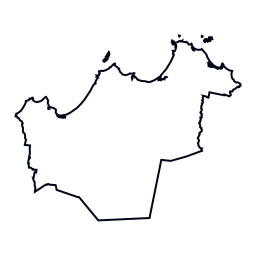 the district of Dorset, Tasmania, Australia
{"feature_id": "25037944B7753328322432", "entity_name": "Dorset", "entity_type": "district", "adm_level": 2, "iso_a3": "AUS", "parent_name": "Australia", "parent_adm1": "Tasmania", "projection": "albers", "projection_center": [147.795, -41.048], "detail": "fine", "context": "isolated", "style": "outline", "palette": "ink", "viewbox_px": 256, "rotation_deg": 0, "n_neighbors": 0, "source": "geoboundaries", "source_scale": "gbopen_adm2", "svg_char_len": 5637}
<svg xmlns="http://www.w3.org/2000/svg" viewBox="0 0 256 256"><path d="M239.4,87.0L239.6,86.0L240.6,85.6L240.2,83.8L237.4,82.2L236.4,82.6L235.0,81.9L234.1,80.9L233.7,79.7L232.8,79.2L231.8,77.3L231.4,73.6L232.2,71.0L229.5,70.4L226.7,68.8L224.0,66.4L223.5,65.4L223.5,64.8L222.7,63.6L222.1,63.6L222.1,64.5L221.6,65.1L222.4,66.2L222.3,67.6L221.8,68.5L221.2,68.7L218.0,68.1L217.5,68.4L217.6,68.8L218.2,68.9L218.3,69.1L218.5,69.1L218.3,69.1L217.6,68.8L217.5,68.3L214.0,67.2L212.5,65.8L212.1,65.9L211.8,67.0L211.4,66.9L211.7,67.8L211.3,67.0L209.0,66.3L209.1,65.6L208.5,65.6L208.5,65.2L208.9,64.1L207.7,63.5L209.7,63.5L208.6,62.6L209.3,62.4L209.3,61.6L210.6,63.1L210.5,64.9L211.8,64.2L213.2,66.2L216.2,67.5L219.5,67.8L220.9,67.5L222.0,66.2L221.9,65.9L221.5,66.6L220.0,67.4L217.5,67.5L213.6,65.4L209.7,61.3L207.5,57.5L206.3,54.4L201.7,49.0L200.5,49.8L197.1,49.7L194.0,48.3L192.8,47.0L192.7,48.1L194.2,49.0L193.9,49.0L193.7,50.1L195.2,50.5L194.2,50.5L193.1,50.1L191.8,47.8L192.9,46.8L191.9,45.8L191.8,44.1L191.4,43.7L190.4,44.5L188.9,44.6L187.4,42.4L186.5,42.3L186.3,41.9L185.4,42.2L182.3,41.6L181.8,41.3L182.0,40.8L180.8,41.5L179.6,40.6L179.5,40.1L179.4,41.0L178.6,41.6L176.3,42.6L174.2,42.6L174.1,42.0L173.6,42.3L173.4,41.6L172.9,41.6L172.6,40.7L172.0,40.5L171.9,41.4L172.4,42.1L171.9,42.4L172.7,43.4L172.7,44.4L173.8,44.5L174.3,43.9L175.1,44.3L175.3,44.9L176.1,45.0L176.3,46.1L175.5,46.8L175.8,46.9L176.1,47.7L174.9,51.0L174.3,51.3L174.0,50.9L172.9,50.9L173.4,51.9L173.0,52.6L173.4,53.4L173.1,53.6L173.4,54.2L173.2,54.4L173.8,55.1L170.6,61.9L166.2,69.1L160.8,75.4L160.9,76.4L160.2,77.7L160.4,79.4L160.8,79.7L161.9,79.0L162.9,78.8L164.3,79.2L165.0,77.0L166.0,77.0L165.8,76.8L166.3,77.0L165.8,77.5L165.0,77.2L164.9,77.5L165.4,77.5L164.9,77.6L164.5,79.4L162.0,79.2L160.9,80.3L159.0,79.8L158.0,80.8L159.4,78.2L159.1,77.4L159.8,77.4L159.9,76.7L154.4,80.2L149.9,82.0L147.0,81.9L145.8,81.3L141.9,81.0L138.1,80.0L137.3,79.3L136.5,78.1L133.2,75.8L132.3,76.6L132.4,76.9L132.1,77.6L132.5,78.2L132.2,78.9L131.9,77.5L132.2,76.9L131.9,76.7L132.1,76.2L133.1,75.8L133.3,75.2L133.6,75.6L133.4,73.7L129.6,73.5L129.3,74.0L125.8,75.2L122.6,74.5L119.9,71.6L119.5,70.2L118.7,69.2L119.1,68.6L114.7,65.3L115.1,63.7L114.7,63.5L113.0,64.6L110.9,67.1L109.7,67.2L109.3,68.3L105.7,70.2L103.1,71.0L100.7,70.8L98.9,71.4L98.9,71.9L99.7,72.2L99.5,73.0L99.8,73.4L98.9,74.2L99.0,75.2L98.6,75.6L96.5,75.4L96.8,76.1L96.5,76.6L97.4,76.7L98.0,77.7L97.5,77.8L94.8,83.1L96.4,83.7L95.0,83.5L93.2,85.3L90.3,90.9L84.3,99.9L80.6,104.3L76.9,108.0L70.0,112.8L66.5,114.6L60.4,115.7L57.1,114.6L58.7,115.6L58.9,116.6L61.7,117.1L62.3,116.6L63.2,117.6L63.6,117.1L64.2,117.3L63.9,116.7L64.0,116.5L64.3,116.5L65.1,117.0L64.7,116.3L65.2,116.8L65.1,117.1L64.1,116.6L64.2,117.4L63.7,117.3L63.2,117.7L62.7,117.6L62.4,116.9L61.8,117.6L60.5,117.4L60.3,117.7L60.4,117.3L58.7,117.1L58.2,116.4L57.6,116.2L57.0,115.2L57.2,114.2L56.1,113.4L55.7,112.4L56.0,109.8L54.4,108.4L50.9,107.2L48.5,107.5L48.6,108.6L49.7,109.1L48.3,108.9L48.2,107.3L48.9,107.3L49.1,106.9L49.4,107.3L49.4,106.9L47.7,102.9L48.2,100.6L46.1,96.9L44.6,97.6L42.9,99.6L40.8,101.1L37.5,102.0L35.0,101.7L33.3,100.5L32.6,99.1L33.1,98.3L32.6,97.7L32.1,97.7L30.5,99.1L29.6,98.7L29.6,99.3L28.3,100.3L25.8,101.0L25.9,102.0L25.0,104.3L22.7,108.3L20.7,111.0L17.7,113.2L15.4,114.0L16.1,113.8L16.7,114.0L16.3,114.0L16.4,114.6L15.6,115.4L15.6,116.4L16.7,116.4L17.5,117.7L18.8,118.2L19.9,120.3L22.0,121.5L22.2,122.8L22.6,123.0L22.7,123.5L22.3,123.6L22.0,124.5L22.5,127.0L23.0,127.6L22.9,131.5L23.1,132.2L24.6,133.6L25.2,136.3L24.9,137.9L26.0,139.7L24.8,144.9L30.1,145.5L29.7,148.5L29.9,153.1L29.1,157.2L29.9,157.3L29.8,158.2L28.9,158.1L28.1,163.3L28.7,163.3L28.9,167.6L30.9,167.7L32.0,168.8L32.9,169.0L32.8,169.6L36.5,169.8L36.1,172.5L34.7,172.2L33.6,177.8L32.9,177.7L33.9,181.1L34.7,182.2L34.7,185.8L35.4,187.7L34.9,191.8L45.8,184.6L46.7,184.8L46.8,184.4L48.5,184.0L49.2,184.6L55.6,185.1L56.7,189.9L77.1,196.9L79.1,197.2L98.3,220.4L149.5,218.0L161.3,159.9L170.8,160.9L185.7,156.7L202.0,150.8L201.3,149.9L202.0,148.6L201.4,148.6L199.4,147.3L199.3,146.6L198.4,145.4L198.3,143.5L197.9,143.2L199.1,140.6L197.8,138.1L199.7,134.4L199.4,134.0L199.7,133.9L199.7,132.6L200.9,132.0L202.0,130.6L201.6,129.7L201.6,128.3L201.0,128.3L200.1,127.1L200.3,125.6L199.2,123.2L199.7,123.1L199.7,122.5L200.1,122.3L200.3,120.3L200.8,119.8L200.4,117.9L201.1,118.1L201.8,117.5L201.3,116.7L201.5,115.5L201.9,115.3L201.6,114.4L201.8,114.0L201.4,113.3L200.6,113.1L200.4,112.4L201.7,110.5L201.8,109.0L201.2,108.6L201.1,107.9L201.4,107.2L201.3,105.8L202.1,104.9L201.9,103.4L202.9,102.7L202.6,101.4L202.8,100.8L202.2,100.3L202.9,99.5L202.8,97.4L203.6,96.3L203.2,95.8L205.6,96.3L206.7,97.1L208.4,97.6L209.5,92.3L224.0,95.3L224.2,94.5L229.4,96.3L230.8,95.0L230.5,93.7L230.0,93.1L229.9,92.1L230.3,91.3L231.8,91.7L233.0,90.6L233.2,89.7L234.9,89.0L238.0,86.6L238.7,87.2L239.4,87.0ZM108.8,52.0L106.6,55.5L106.7,56.1L105.7,56.7L105.6,58.5L103.3,60.3L103.7,61.0L103.6,61.4L104.2,61.8L105.6,61.0L106.5,59.8L107.2,59.6L109.3,54.4L109.2,52.5L108.8,52.0ZM203.9,40.9L204.7,42.1L205.1,42.0L205.0,41.5L206.3,40.6L207.2,40.9L207.7,41.7L209.0,40.8L209.7,40.9L209.5,40.2L209.9,40.3L209.7,39.7L210.0,39.3L211.2,39.6L212.0,39.3L211.5,38.9L212.0,38.4L211.7,37.3L211.1,37.6L210.3,37.2L209.8,37.7L209.0,37.5L209.0,38.5L207.9,39.3L206.8,39.3L206.2,38.9L204.8,39.3L203.9,40.9ZM202.6,36.2L201.9,35.9L201.7,36.8L202.4,37.0L202.6,36.2ZM178.9,36.1L179.3,36.5L179.8,35.9L178.9,35.6L178.9,36.1ZM133.7,73.6L134.3,73.5L134.4,73.3L133.9,73.1L133.7,73.6ZM133.9,75.9L135.2,76.9L135.6,77.2L135.3,76.8L133.9,75.9ZM138.7,79.8L138.0,79.6L137.6,79.4L138.3,79.8L138.7,79.8Z" fill="none" stroke="#020617" stroke-width="2"/></svg>